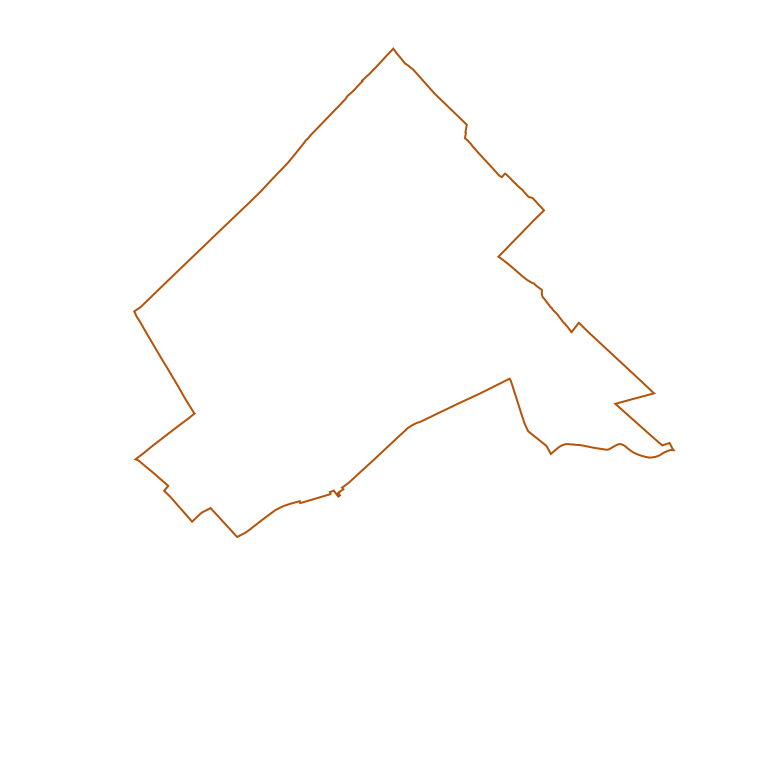 Tulucesti, Galati, Romania, rotated 48°
{"feature_id": "2599482B61221662253348", "entity_name": "Tulucesti", "entity_type": "district", "adm_level": 2, "iso_a3": "ROU", "parent_name": "Romania", "parent_adm1": "Galati", "projection": "albers", "projection_center": [28.035, 45.59], "detail": "fine", "context": "isolated", "style": "outline", "palette": "amber", "viewbox_px": 768, "rotation_deg": 48, "n_neighbors": 0, "source": "geoboundaries", "source_scale": "gbopen_adm2", "svg_char_len": 4173}
<svg xmlns="http://www.w3.org/2000/svg" viewBox="0 0 768 768"><g transform="rotate(48 384 384)"><path d="M547.6,306.8L547.6,306.1L547.7,303.8L547.8,300.4L547.9,296.8L548.2,294.7L548.8,292.6L549.4,290.9L550.2,289.5L551.1,288.2L552.7,286.6L553.9,285.6L555.5,283.9L557.3,282.4L558.5,281.2L560.8,279.0L563.5,276.9L566.6,274.6L570.8,271.5L574.1,268.9L577.7,265.9L579.4,264.6L580.7,263.5L581.8,262.5L582.6,261.6L583.1,260.4L583.4,259.0L584.1,255.7L584.8,252.7L585.5,250.5L586.4,249.0L587.3,248.1L589.5,247.0L591.8,246.4L595.4,245.9L598.6,245.3L602.0,244.4L605.5,242.9L609.4,240.8L613.6,238.1L616.5,235.8L618.1,233.7L620.0,230.6L621.4,227.1L621.7,225.4L622.1,223.0L622.3,221.5L623.0,219.8L623.6,217.7L625.0,215.0L627.0,213.1L626.0,213.0L624.7,212.8L621.8,212.0L618.9,211.3L615.8,218.3L603.7,219.8L598.5,220.4L553.5,225.4L561.6,209.3L565.8,201.1L571.6,189.6L555.1,190.9L484.7,197.2L476.2,197.8L468.9,198.2L468.9,198.4L471.0,210.0L465.5,209.5L464.0,209.3L462.8,209.3L461.9,209.4L461.6,209.3L461.2,209.3L460.2,209.1L459.8,209.1L459.4,209.4L458.4,209.4L456.6,209.3L452.6,209.0L451.4,208.9L449.5,208.7L448.0,208.6L446.2,208.6L445.0,208.7L443.7,208.8L442.7,208.8L441.4,208.8L440.1,208.6L438.9,208.6L437.4,208.8L436.4,208.5L432.5,208.3L428.4,207.9L427.9,207.9L426.2,208.0L425.0,207.7L423.8,207.2L421.7,205.6L420.0,203.9L419.3,203.8L413.1,205.1L409.6,205.3L408.6,205.9L407.3,206.5L403.8,207.6L402.7,208.0L401.4,208.2L400.4,208.4L395.4,209.2L378.4,211.3L370.4,212.8L369.7,213.0L367.4,213.4L366.0,213.8L365.9,212.9L365.5,206.4L365.4,203.7L364.9,197.8L363.9,181.8L363.4,174.9L363.1,169.5L362.8,165.7L362.5,160.5L362.1,149.0L357.9,148.9L356.4,149.0L352.7,149.1L349.9,149.0L344.9,149.2L342.0,151.3L340.4,151.4L334.2,151.4L333.5,151.2L332.5,151.2L331.6,151.3L330.8,151.5L325.9,152.1L322.5,152.1L321.7,152.3L320.9,152.4L320.6,152.4L318.6,152.5L316.2,152.5L315.3,152.6L313.5,152.7L312.6,152.7L310.7,152.9L308.9,153.1L308.6,153.7L309.1,157.9L309.0,158.1L306.7,158.8L304.2,159.0L303.1,158.9L302.1,158.9L300.8,158.9L297.7,158.9L290.2,159.0L284.1,159.1L280.7,159.1L277.2,159.2L275.6,159.2L273.5,159.2L271.9,159.1L270.2,159.1L269.7,159.1L268.8,159.1L268.2,159.1L267.5,159.1L266.8,159.1L266.2,159.1L265.7,159.0L265.1,159.0L264.7,158.9L264.3,158.8L263.7,158.8L262.9,158.8L260.1,158.9L259.5,158.8L258.0,159.1L256.5,159.2L255.9,159.2L255.5,159.4L252.3,155.2L251.6,155.2L246.7,149.0L220.5,150.8L201.7,152.1L169.6,151.9L165.1,152.8L163.1,153.0L159.8,153.9L155.1,153.6L146.7,153.3L141.0,152.7L141.3,155.9L141.6,159.0L141.6,161.3L142.3,167.8L143.4,180.5L143.5,183.5L143.8,185.8L143.8,190.4L143.8,192.5L143.9,194.5L143.9,197.3L144.6,197.4L144.7,200.4L145.0,204.1L145.3,206.5L145.6,209.2L145.7,214.5L145.6,216.2L145.5,218.0L145.7,219.2L146.4,221.5L147.2,231.5L147.7,239.4L148.3,247.5L150.0,272.0L150.6,276.0L150.7,279.7L151.1,280.9L151.3,282.0L153.6,296.0L155.3,307.2L156.9,329.6L157.7,338.8L158.4,346.4L158.8,355.6L159.1,363.4L159.6,380.4L160.1,397.6L160.6,414.5L160.8,418.7L161.8,451.1L162.5,472.7L163.9,510.6L163.9,514.0L162.9,521.0L168.3,522.7L174.6,523.7L182.2,525.4L214.9,532.1L227.8,534.5L247.8,538.5L254.7,540.0L257.6,540.7L258.0,540.8L264.1,542.0L274.7,543.9L276.9,544.3L277.8,544.5L279.2,544.5L279.0,547.3L278.8,551.8L278.0,560.0L276.8,574.6L276.2,582.7L275.1,597.0L274.6,607.9L273.7,619.1L276.6,617.6L289.7,615.8L294.5,615.0L303.0,614.0L313.8,612.7L315.4,612.5L316.2,618.8L325.0,618.3L357.9,618.7L357.6,608.0L357.7,606.2L357.7,605.2L360.2,595.9L360.6,595.9L370.7,595.8L389.0,595.6L399.4,595.5L401.0,589.5L401.8,586.2L402.3,582.0L402.4,581.3L402.6,577.2L403.6,564.1L403.9,560.7L405.0,549.2L407.4,540.5L410.3,533.8L414.7,525.0L416.5,525.9L429.9,497.8L429.8,497.1L428.1,496.5L429.6,492.7L437.1,493.3L437.3,491.3L434.5,491.1L434.7,490.1L434.2,490.0L435.1,484.7L432.9,484.5L433.1,483.9L433.3,481.0L433.6,478.9L433.8,474.6L433.6,460.1L433.5,442.1L432.9,411.6L432.8,403.6L432.8,397.9L432.6,397.8L432.7,395.6L433.5,390.6L434.6,386.5L435.2,384.8L436.3,382.8L442.8,360.3L443.6,357.6L444.3,355.4L447.3,345.0L447.8,343.3L455.0,320.0L464.1,287.1L466.5,287.6L486.9,296.8L497.9,301.8L502.5,303.8L507.0,305.8L515.6,308.5L538.6,304.7L540.1,305.0L547.6,306.8Z" fill="none" stroke="#b45309" stroke-width="2"/></g></svg>